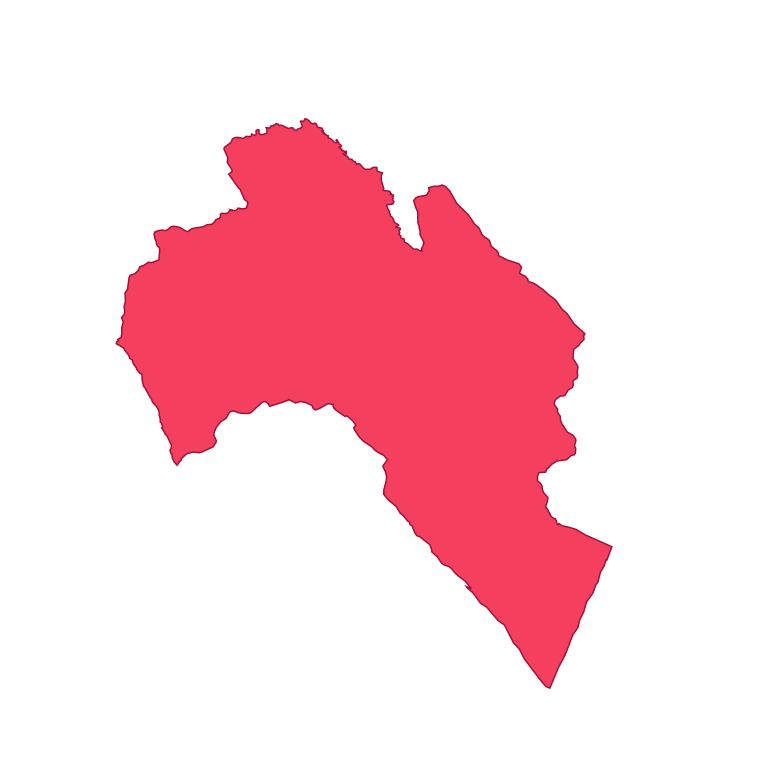 the district of Ngara, Kagera, United Republic of Tanzania, rotated 114°
{"feature_id": "72390352B68533256720623", "entity_name": "Ngara", "entity_type": "district", "adm_level": 2, "iso_a3": "TZA", "parent_name": "United Republic of Tanzania", "parent_adm1": "Kagera", "projection": "natural_earth1", "projection_center": [30.671, -2.626], "detail": "fine", "context": "isolated", "style": "filled", "palette": "rose", "viewbox_px": 768, "rotation_deg": 114, "n_neighbors": 0, "source": "geoboundaries", "source_scale": "gbopen_adm2", "svg_char_len": 6171}
<svg xmlns="http://www.w3.org/2000/svg" viewBox="0 0 768 768"><g transform="rotate(114 384 384)"><path d="M594.4,108.8L571.8,109.3L557.9,108.3L557.5,108.9L555.1,108.4L536.6,109.5L527.5,107.8L520.4,109.2L510.5,108.9L500.8,110.3L489.8,108.1L481.2,108.8L477.7,108.0L467.8,109.8L460.7,108.9L454.4,109.6L454.3,108.8L440.0,109.6L440.0,138.9L438.7,149.2L439.7,157.5L441.1,163.5L440.3,167.4L441.6,167.6L441.9,168.6L438.6,171.1L437.4,172.8L437.8,174.0L437.0,177.4L431.7,184.0L430.8,186.3L424.4,187.1L420.9,188.2L418.6,193.6L415.8,196.5L412.8,198.2L411.1,200.8L409.9,204.5L405.9,206.2L402.0,206.5L398.8,200.5L395.2,200.8L394.5,200.0L389.2,198.1L384.1,194.8L378.8,186.3L373.1,183.9L371.3,181.4L369.6,181.0L365.3,182.4L362.6,184.9L357.8,185.6L356.4,186.5L354.1,190.2L353.3,197.1L347.8,205.6L345.0,208.2L341.8,209.8L339.6,213.4L338.6,214.5L336.2,215.2L334.1,219.4L331.7,221.0L328.0,220.7L323.2,218.0L321.9,215.0L320.5,214.1L314.3,213.2L310.6,210.5L308.0,210.6L304.9,212.5L303.7,212.4L300.0,210.0L297.7,210.4L294.1,212.6L290.3,213.4L288.6,214.6L283.7,221.8L275.0,224.8L269.6,221.7L266.7,221.4L261.8,219.4L258.7,221.4L258.8,221.0L256.4,220.9L251.9,234.6L245.2,245.5L243.2,251.9L238.0,260.5L236.6,264.4L235.9,268.5L233.1,277.1L231.3,286.2L231.1,289.6L231.8,293.8L229.7,295.3L228.1,298.9L227.8,305.3L221.3,305.9L219.3,309.7L220.6,321.7L220.1,331.8L217.7,332.8L216.3,335.3L214.7,341.8L210.5,345.6L209.6,347.2L208.5,353.2L207.3,355.6L203.0,360.4L201.0,366.4L195.5,375.1L189.4,391.1L180.9,402.4L178.5,408.4L178.5,411.7L181.0,414.4L183.1,419.0L186.4,423.0L189.2,421.3L193.5,421.8L194.8,422.7L198.8,428.8L200.9,430.6L204.4,431.5L209.9,426.8L213.1,423.1L222.8,418.7L224.7,417.1L225.4,415.8L226.5,415.8L229.9,413.1L233.0,411.8L238.2,405.3L241.3,404.6L245.5,404.8L247.1,403.3L247.8,405.8L247.3,408.7L248.8,411.8L246.2,419.7L246.1,423.0L243.5,424.3L243.8,428.1L241.9,428.9L241.3,431.3L239.2,431.2L237.9,432.8L236.1,431.9L235.2,432.6L235.7,437.0L233.1,435.2L232.6,435.8L232.2,440.0L229.1,443.1L228.3,444.4L228.0,446.5L227.0,446.8L225.6,448.6L224.0,449.1L223.0,451.1L219.8,454.2L219.2,454.3L216.2,449.4L214.6,449.0L213.4,449.1L211.8,451.4L210.6,451.1L210.1,452.3L208.2,451.8L207.6,452.3L208.1,455.3L207.2,454.8L205.6,457.3L207.3,462.6L207.0,463.8L205.7,463.6L199.1,469.3L195.0,471.1L191.7,471.3L192.5,476.4L192.0,477.2L189.5,478.2L189.1,479.1L190.3,481.6L192.1,483.3L193.1,483.4L195.6,488.7L194.7,491.9L193.0,495.0L192.8,496.3L194.3,498.5L192.6,500.9L192.9,502.8L191.8,504.8L192.8,507.5L191.0,509.7L190.6,513.2L191.0,513.4L190.4,514.5L190.1,512.6L189.2,512.1L187.0,512.7L186.8,513.3L188.3,514.3L187.3,515.6L187.9,517.6L186.8,517.8L186.5,520.8L185.8,521.1L184.9,519.7L183.4,520.1L183.1,522.2L180.1,526.1L180.1,526.8L180.8,527.0L181.8,525.1L183.2,525.8L183.3,527.8L181.5,532.7L182.0,535.0L179.9,535.9L180.2,538.2L179.6,538.5L179.8,541.2L178.9,540.9L178.7,541.5L178.8,543.0L179.3,543.0L177.8,543.5L177.7,542.6L177.1,542.5L177.0,543.4L175.5,544.5L176.4,549.6L174.2,551.0L173.8,552.1L174.0,553.7L175.3,554.5L175.4,555.5L175.3,556.9L173.7,560.5L173.5,563.6L174.2,564.2L176.9,564.2L177.5,566.9L178.0,567.2L180.9,564.1L183.0,563.3L186.3,566.5L188.1,567.2L188.3,569.2L187.2,571.2L187.3,572.4L189.5,575.4L189.2,582.7L190.5,585.2L189.6,586.3L189.9,588.4L192.3,589.8L192.7,589.5L194.2,592.3L196.7,592.4L197.7,595.9L199.7,594.0L202.7,593.1L205.8,596.7L206.2,599.0L205.7,600.3L202.8,601.4L203.2,603.2L205.1,603.9L207.7,602.2L209.7,603.6L209.4,606.5L212.1,606.1L213.9,610.7L217.0,612.4L217.9,617.2L219.2,620.0L221.8,622.2L225.1,621.9L232.8,626.0L234.3,625.9L240.8,618.8L245.5,617.2L249.7,610.6L251.5,609.2L255.5,611.2L264.1,596.6L264.9,594.4L272.2,586.6L273.0,583.3L274.3,581.9L279.1,581.3L280.8,582.9L281.9,585.3L282.6,588.8L285.5,589.7L286.3,590.9L287.2,595.1L287.4,594.6L287.5,595.2L290.7,596.1L292.4,597.4L294.2,601.9L295.7,602.5L297.4,601.5L299.4,601.7L302.4,604.5L305.3,604.9L308.1,606.2L310.4,610.4L313.9,613.2L320.1,622.6L324.4,625.2L324.9,626.7L324.0,634.8L325.5,640.4L326.5,642.0L332.5,645.5L333.8,649.6L335.7,652.6L338.7,655.4L340.9,654.9L345.2,651.7L346.6,649.9L348.5,648.9L350.1,647.1L350.6,645.1L352.1,643.7L362.2,640.1L367.5,645.5L368.7,648.9L373.3,651.6L375.9,654.7L380.0,654.7L384.6,656.4L387.8,660.1L390.3,660.2L401.9,656.8L406.2,657.6L413.5,653.9L418.9,652.9L424.2,649.9L426.3,649.7L430.1,650.8L433.5,647.3L439.2,646.6L444.2,644.1L448.4,643.2L451.5,645.3L452.4,644.4L453.6,645.2L455.7,645.2L456.5,643.8L456.2,642.6L457.0,636.3L458.5,634.8L461.5,629.0L464.0,626.8L464.4,623.9L467.5,621.2L469.5,617.5L471.4,615.6L473.5,611.2L473.7,609.0L478.7,606.6L483.7,602.9L485.3,600.0L491.5,592.1L491.8,591.0L494.9,587.8L497.0,582.8L498.6,580.6L501.2,577.8L503.4,577.1L507.1,574.1L509.8,573.0L510.4,571.3L513.1,568.8L514.7,569.3L516.8,565.6L518.5,564.0L520.1,560.6L526.5,553.2L529.6,552.3L531.6,552.6L534.3,550.2L534.6,549.1L537.1,547.7L540.4,544.2L542.4,540.0L539.3,539.3L538.8,539.8L536.5,538.3L534.6,538.9L527.9,535.7L524.5,531.6L523.2,529.2L522.2,525.4L520.7,523.1L510.8,514.5L505.2,513.7L503.7,514.4L500.3,518.4L497.9,519.4L491.8,519.6L484.6,517.7L479.7,514.3L473.8,513.8L472.2,513.4L470.7,512.0L469.5,509.6L469.6,506.2L468.4,501.2L466.1,495.9L464.3,493.9L451.1,488.3L448.8,486.5L448.4,484.1L449.4,481.4L450.9,479.4L442.9,470.3L437.8,464.9L437.0,464.8L437.3,457.0L434.1,453.4L432.8,448.3L432.9,441.2L435.1,438.8L435.7,436.2L432.3,432.7L424.9,427.3L423.3,422.0L425.1,421.4L426.6,419.7L427.6,416.6L429.4,407.1L429.3,405.5L429.1,406.2L428.3,404.9L428.5,403.3L430.4,397.6L433.1,393.0L436.3,393.9L437.7,392.5L442.6,384.8L444.7,379.5L446.3,369.7L448.1,365.6L449.0,361.2L449.2,355.6L451.7,350.0L458.8,351.6L460.1,351.2L463.9,346.7L467.2,344.1L471.6,342.6L480.7,341.1L484.4,339.7L484.1,339.4L484.8,339.3L485.6,338.0L488.2,332.7L490.8,323.2L495.6,316.4L496.4,312.6L499.6,306.8L499.9,304.3L501.5,303.5L502.5,300.3L507.4,295.4L509.2,292.3L509.0,289.1L512.2,276.7L516.6,272.5L517.9,272.2L520.4,264.6L524.3,258.4L524.8,255.6L524.4,250.8L525.3,246.8L527.4,243.2L529.2,238.1L531.0,229.7L535.5,220.8L535.4,226.5L536.5,224.8L538.7,217.6L545.1,206.6L546.1,199.4L553.8,183.4L555.2,175.9L567.6,160.6L571.3,152.3L578.1,143.9L590.6,121.2L594.5,113.2L594.4,108.8Z" fill="#f43f5e" stroke="#9f1239" stroke-width="1.5"/></g></svg>